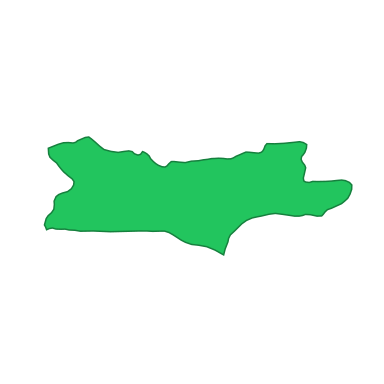 Douya-Onoyè, Ngounié, Gabon (Natural Earth projection), rotated 109°
{"feature_id": "22940354B97081518304262", "entity_name": "Douya-Onoyè", "entity_type": "district", "adm_level": 2, "iso_a3": "GAB", "parent_name": "Gabon", "parent_adm1": "Ngounié", "projection": "natural_earth1", "projection_center": [11.048, -1.613], "detail": "fine", "context": "isolated", "style": "filled", "palette": "green", "viewbox_px": 384, "rotation_deg": 109, "n_neighbors": 0, "source": "geoboundaries", "source_scale": "gbopen_adm2", "svg_char_len": 2181}
<svg xmlns="http://www.w3.org/2000/svg" viewBox="0 0 384 384"><g transform="rotate(109 192 192)"><path d="M241.2,141.6L235.1,142.1L227.4,141.8L224.0,142.3L220.1,141.8L214.9,139.0L210.6,136.9L205.9,134.6L201.1,131.2L196.9,126.6L194.2,122.2L192.2,118.7L187.9,111.9L185.1,106.2L183.7,99.5L182.5,93.2L181.4,87.1L179.8,82.6L178.2,79.8L176.3,77.5L174.9,72.6L174.1,65.9L172.4,61.6L170.5,60.7L167.5,59.7L164.6,58.2L162.0,54.9L158.1,50.8L154.3,46.8L151.1,44.8L147.2,42.7L142.6,41.9L137.5,41.9L133.3,43.2L131.7,46.2L131.3,50.7L132.0,54.4L133.9,58.7L136.3,63.8L138.4,68.9L141.3,76.8L142.7,81.3L144.8,84.2L145.6,87.8L145.1,89.9L142.5,91.3L137.4,91.8L132.1,92.4L130.0,94.1L127.7,97.6L125.5,99.5L122.7,99.9L120.9,99.1L117.8,98.2L113.3,98.1L109.8,99.0L109.0,102.8L109.4,106.6L111.4,110.8L116.0,120.8L119.5,129.5L121.9,136.9L124.5,137.9L127.8,138.0L130.0,138.4L131.8,139.3L133.6,141.7L134.6,145.7L135.8,150.9L136.7,154.0L138.9,156.5L141.7,159.5L143.8,161.9L146.3,164.0L148.0,166.1L149.3,169.5L150.1,173.4L151.4,177.8L152.8,181.2L154.0,184.3L156.0,187.8L157.9,191.8L160.3,196.0L163.1,202.7L166.4,207.9L168.0,214.1L169.1,219.1L170.0,221.5L173.1,223.2L175.6,224.2L177.2,225.7L177.9,228.6L177.7,232.5L177.0,235.4L175.8,238.5L174.0,242.0L171.9,244.2L170.6,247.1L170.0,250.0L169.9,251.9L173.1,252.9L174.7,255.1L174.6,258.9L173.3,261.7L173.7,265.1L175.9,269.7L178.6,274.7L180.0,281.9L180.5,289.0L178.7,294.3L176.3,299.9L174.6,304.3L173.6,307.5L175.2,310.7L180.8,316.9L182.9,318.2L184.4,320.4L185.5,325.0L187.3,329.6L190.5,334.1L197.4,342.1L202.7,339.9L205.4,337.6L207.2,333.6L208.6,329.5L210.7,326.6L213.0,323.0L214.8,319.8L217.0,314.4L218.6,309.6L220.6,306.9L224.0,306.2L228.2,307.1L232.1,309.7L235.1,314.1L237.8,317.2L240.6,319.0L245.5,319.4L248.6,318.1L253.3,317.0L257.3,318.1L261.2,320.3L264.6,321.2L271.2,320.8L272.7,319.1L275.0,317.2L273.0,315.0L271.5,312.3L271.3,308.5L269.8,303.6L268.4,299.9L267.9,295.8L266.3,290.3L265.4,284.8L261.0,272.7L256.1,256.2L246.1,229.4L243.5,221.8L242.0,216.4L239.4,209.5L237.9,205.2L237.8,200.5L238.6,196.2L239.7,191.7L241.0,186.6L241.7,181.8L241.7,175.2L240.2,168.7L238.9,160.2L239.4,151.5L241.2,141.6Z" fill="#22c55e" stroke="#15803d" stroke-width="1.5"/></g></svg>